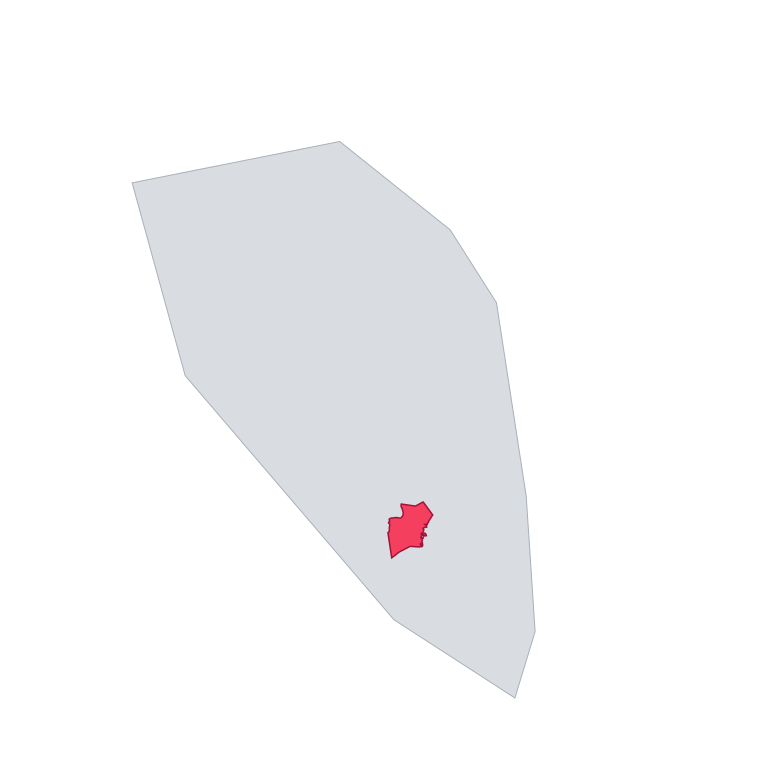 location of Forest Reserve, Dennery, Saint Lucia, rotated 137°
{"feature_id": "8701671B45291890821133", "entity_name": "Forest Reserve", "entity_type": "district", "adm_level": 2, "iso_a3": "LCA", "parent_name": "Saint Lucia", "parent_adm1": "Dennery", "projection": "albers", "projection_center": [-60.931, 13.977], "detail": "fine", "context": "in_parent", "style": "filled", "palette": "rose", "viewbox_px": 768, "rotation_deg": 137, "n_neighbors": 0, "source": "geoboundaries", "source_scale": "gbopen_adm2", "svg_char_len": 3039}
<svg xmlns="http://www.w3.org/2000/svg" viewBox="0 0 768 768"><g transform="rotate(137 384 384)"><path d="M523.7,525.7L431.0,702.9L251.0,591.6L230.5,451.6L246.3,366.8L356.5,205.0L442.3,99.9L502.4,65.1L537.5,204.7L523.7,525.7Z" fill="#d9dde1" stroke="#a8b0b8" stroke-width="1"/><path d="M496.9,251.6L487.3,250.7L475.7,247.5L469.3,240.7L469.2,240.6L468.9,240.5L468.8,240.4L468.7,240.4L468.4,240.3L468.3,240.2L468.2,240.2L467.9,240.2L467.8,240.3L467.7,240.4L467.4,240.4L467.2,240.4L467.0,240.2L466.9,240.1L466.9,239.9L467.0,239.8L467.0,239.7L467.3,239.4L467.2,239.3L467.2,239.2L466.9,239.2L466.7,239.2L466.6,239.3L466.3,239.3L466.2,239.4L466.1,239.5L465.9,239.5L465.7,239.7L465.6,239.8L465.5,240.0L465.4,240.0L465.4,240.3L465.4,240.5L465.5,240.6L465.6,240.8L465.8,241.0L466.0,241.1L466.2,241.3L466.3,241.3L466.4,241.5L466.5,241.5L466.6,241.8L466.7,242.0L466.6,242.3L466.4,242.4L466.2,242.4L466.0,242.2L465.9,242.2L465.7,242.0L465.5,241.9L465.4,241.8L465.3,241.7L465.2,241.6L465.0,241.4L464.9,241.3L464.9,241.2L464.7,241.1L464.4,241.3L464.3,241.5L464.2,241.6L464.2,241.8L464.2,242.0L464.1,242.3L464.1,242.5L463.9,242.7L463.8,242.8L463.7,242.8L463.5,243.0L463.4,243.1L463.2,243.2L463.1,243.3L462.8,243.3L462.7,243.4L462.6,243.5L462.4,243.8L462.3,244.0L462.2,244.2L462.2,244.3L462.1,244.5L461.9,244.7L461.8,244.8L461.6,244.8L461.4,244.7L461.2,244.7L460.9,244.6L460.7,244.5L460.4,244.5L460.3,244.8L460.3,245.0L460.3,245.3L460.5,245.4L460.5,245.5L460.8,245.7L460.9,245.8L461.0,245.8L461.3,245.9L461.5,245.8L461.7,246.0L461.8,246.0L461.8,246.3L461.7,246.3L461.6,246.5L461.4,246.7L460.8,247.2L460.4,247.4L459.6,247.3L459.2,247.2L458.5,246.9L458.1,246.4L458.6,246.1L458.7,245.6L458.0,245.4L457.1,244.7L456.5,244.1L456.2,244.4L456.1,244.9L455.8,245.6L455.7,246.3L455.8,246.9L455.9,247.1L456.3,247.3L456.9,247.3L457.5,247.2L458.2,247.4L458.7,247.9L458.9,248.1L459.0,248.7L459.0,249.1L459.0,249.3L458.7,249.3L458.2,248.9L457.6,248.9L456.8,248.9L456.2,249.0L455.5,249.4L454.9,249.9L454.3,250.4L454.1,250.5L454.2,251.2L454.0,251.6L453.7,251.9L453.1,251.8L452.6,251.5L451.7,251.1L451.0,250.8L450.5,250.2L450.0,250.7L449.8,251.4L449.7,252.2L449.7,252.7L449.8,253.5L448.9,252.9L448.5,252.0L448.3,251.7L447.5,252.1L446.8,252.5L446.6,252.6L446.0,252.8L445.9,252.7L445.8,252.9L437.7,255.0L435.9,270.0L435.9,271.1L444.3,273.3L453.2,284.4L454.5,283.5L455.1,282.5L455.4,281.9L455.7,280.8L456.1,279.7L456.6,278.7L457.1,277.8L457.3,277.5L457.8,276.7L459.1,275.5L459.8,275.1L460.4,274.7L461.4,274.7L462.0,274.6L462.8,274.5L463.7,275.0L464.4,275.7L464.9,276.7L465.6,277.4L466.5,278.4L467.2,278.9L468.2,279.4L468.6,279.7L469.0,280.1L469.7,280.7L470.3,281.2L470.8,281.3L471.6,281.6L472.3,281.6L472.6,281.4L472.9,281.0L473.0,280.7L473.6,279.6L474.1,279.4L474.5,279.7L475.0,279.7L475.4,279.4L475.5,278.9L475.5,278.3L475.5,277.6L475.8,277.0L476.4,276.4L477.1,276.1L477.5,275.8L478.0,275.4L478.5,274.9L479.1,274.2L479.7,273.6L479.9,273.4L480.0,273.3L480.5,272.7L481.5,272.6L482.5,272.6L496.4,252.4L496.9,251.6Z" fill="#f43f5e" stroke="#9f1239" stroke-width="1.5"/></g></svg>